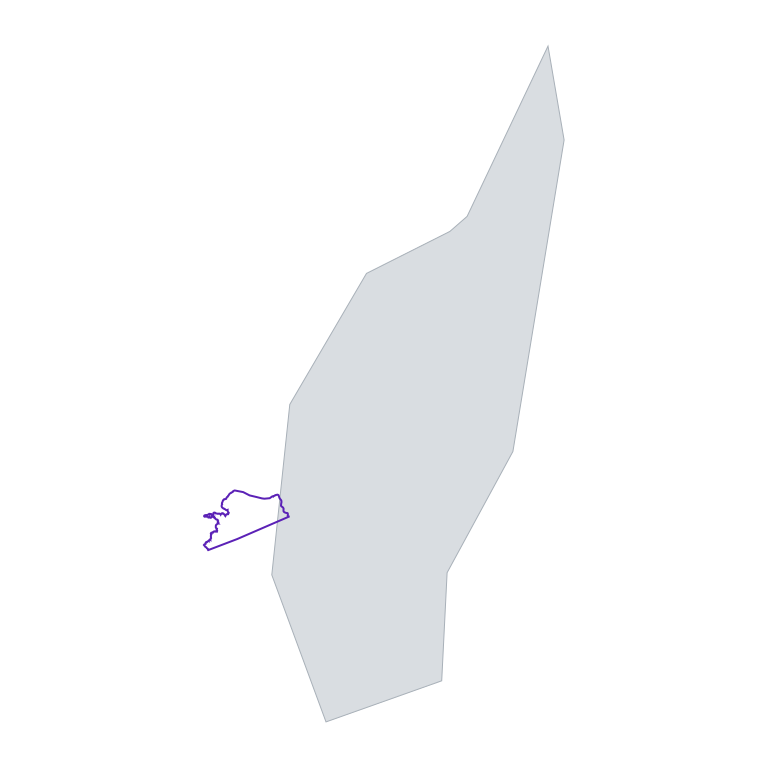 Medorm, Aimeliik, Palau shown in context
{"feature_id": "81905179B56582984107965", "entity_name": "Medorm", "entity_type": "district", "adm_level": 2, "iso_a3": "PLW", "parent_name": "Palau", "parent_adm1": "Aimeliik", "projection": "mercator", "projection_center": [134.484, 7.466], "detail": "fine", "context": "in_parent", "style": "outline", "palette": "violet", "viewbox_px": 768, "rotation_deg": 0, "n_neighbors": 0, "source": "geoboundaries", "source_scale": "gbopen_adm2", "svg_char_len": 4676}
<svg xmlns="http://www.w3.org/2000/svg" viewBox="0 0 768 768"><path d="M441.7,680.8L326.0,721.9L271.8,574.9L289.8,404.4L366.5,273.4L449.9,231.4L467.1,216.4L548.0,46.1L564.1,140.0L512.9,451.5L447.1,572.7L441.7,680.8Z" fill="#d9dde1" stroke="#a8b0b8" stroke-width="1"/><path d="M289.5,516.4L289.0,516.4L288.7,516.4L288.5,516.5L288.2,516.5L288.0,516.3L287.8,516.1L287.7,515.7L287.8,515.0L287.8,514.7L287.9,514.3L287.8,513.8L287.7,513.4L287.6,513.2L287.2,513.0L286.6,513.0L286.1,512.9L285.5,512.7L285.0,512.5L284.5,512.3L284.0,511.9L283.6,511.4L283.5,510.9L283.5,509.6L283.6,509.0L283.5,508.8L283.5,508.4L283.3,508.0L283.1,507.6L282.6,507.2L282.1,506.8L281.4,506.3L281.1,505.9L281.0,505.5L281.1,504.8L281.1,504.2L281.2,503.6L281.5,502.0L281.4,501.3L281.4,500.9L281.3,500.6L281.1,500.1L280.7,499.7L280.3,499.1L279.7,498.4L279.3,497.5L278.9,496.3L278.7,495.6L278.5,495.3L278.4,495.1L278.1,494.9L277.9,494.8L277.7,494.8L277.5,494.7L277.3,494.7L277.0,494.8L276.7,494.8L276.0,495.0L275.9,495.0L275.7,495.2L275.3,495.2L275.1,495.4L274.9,495.4L274.5,495.7L274.4,495.8L273.9,496.0L273.7,496.0L273.4,496.4L273.3,496.5L273.2,496.6L272.9,496.4L272.4,496.3L269.7,498.2L264.4,498.7L262.0,498.4L256.4,497.0L249.6,495.4L243.2,492.1L234.9,490.5L234.4,490.5L232.9,491.4L232.8,491.8L232.6,492.1L232.3,492.2L231.4,492.5L231.0,493.0L230.5,493.1L229.4,494.0L228.5,495.5L228.1,495.8L227.8,496.6L227.0,497.1L226.4,498.0L226.3,498.4L226.2,498.8L225.3,499.1L224.9,499.1L224.5,499.1L224.0,499.3L223.7,499.9L223.1,500.2L222.8,500.9L222.6,501.7L222.1,502.6L221.9,503.4L222.2,504.2L221.7,505.1L221.6,506.2L221.9,507.1L222.6,507.9L223.0,508.1L223.4,508.5L223.8,508.5L224.2,508.7L224.4,509.0L225.2,509.3L225.7,509.8L226.4,510.1L226.9,510.2L227.6,509.9L227.6,510.7L228.1,512.3L228.4,512.4L228.7,512.6L228.7,512.9L228.1,514.2L227.7,514.3L227.2,514.1L226.7,514.2L226.4,514.4L226.1,514.7L225.8,515.1L225.7,515.5L225.4,515.7L225.3,516.0L225.2,515.9L225.2,515.6L225.1,515.4L224.8,515.2L224.7,515.1L224.6,514.8L224.5,514.7L224.4,514.5L224.3,514.4L224.2,514.3L224.0,514.1L223.8,514.1L223.6,514.0L223.5,513.9L223.4,513.6L223.1,513.4L223.0,513.5L222.6,513.2L221.8,513.3L221.5,513.5L221.5,513.8L221.2,513.8L220.8,514.1L220.6,514.6L220.4,514.3L220.3,514.2L220.0,513.9L219.5,513.7L219.3,513.6L218.9,513.6L218.7,513.7L218.4,513.7L218.2,513.8L217.7,513.8L217.4,513.7L216.9,513.5L216.3,513.5L215.7,513.4L215.4,512.9L214.7,512.6L214.3,512.6L213.9,512.7L213.6,512.8L213.5,513.6L213.5,513.9L213.4,513.9L213.2,514.0L213.1,514.7L213.0,515.2L213.1,515.5L212.6,515.6L212.3,515.5L212.1,515.6L211.8,515.4L211.6,515.1L211.4,514.9L211.4,514.5L211.3,514.1L211.1,514.0L210.4,514.0L210.1,513.9L209.5,513.9L209.2,513.9L209.1,514.1L208.9,514.1L208.6,514.4L208.7,514.5L208.4,514.5L208.1,514.7L207.8,514.7L207.4,514.9L207.0,515.2L206.9,515.1L206.0,515.0L205.7,515.1L205.3,515.2L205.1,515.2L204.8,515.3L204.8,515.6L204.4,515.6L204.1,516.0L204.2,516.4L204.6,516.7L205.4,516.6L206.0,516.2L206.4,516.7L207.2,516.7L207.9,516.8L208.3,517.5L208.9,517.6L209.3,517.3L209.5,517.0L209.7,517.3L210.3,517.7L210.8,517.8L211.2,517.5L211.3,517.1L211.8,517.1L212.1,516.9L212.3,516.7L212.6,516.6L212.8,516.4L213.4,516.3L213.6,516.4L213.9,516.6L214.0,516.6L213.9,516.8L213.9,517.4L214.3,517.8L214.6,517.8L214.9,517.9L214.9,518.2L215.2,518.6L215.8,519.0L216.0,519.3L216.7,519.6L217.2,519.6L217.6,519.8L217.7,520.0L217.7,520.3L217.8,520.6L218.0,520.8L217.8,521.1L217.8,521.4L218.0,521.7L217.8,521.7L217.7,522.0L217.9,522.3L217.8,522.6L217.9,522.8L218.0,523.3L218.2,523.5L217.9,523.5L217.6,523.5L217.1,524.1L216.6,524.6L216.3,524.7L215.9,525.4L215.8,526.1L215.8,527.1L215.8,527.4L216.2,528.2L216.6,528.4L217.0,528.7L216.9,529.1L216.7,529.3L216.6,529.7L216.8,529.8L216.8,530.1L217.0,530.3L217.2,530.6L217.2,530.8L216.9,531.7L216.1,531.5L215.7,531.6L215.3,531.5L215.1,531.4L214.9,531.6L214.5,531.5L214.2,531.4L213.9,531.7L213.6,531.7L213.1,532.1L213.0,532.5L212.9,532.7L212.6,532.7L212.3,532.5L212.1,532.8L211.3,532.8L211.1,533.0L210.8,533.4L210.9,533.9L211.4,534.1L211.4,534.5L211.0,534.8L210.9,535.3L210.9,535.7L211.0,536.1L210.9,536.5L210.8,536.9L210.9,537.1L210.9,537.3L211.0,537.5L211.1,538.1L210.7,538.7L210.7,538.9L210.4,539.3L210.4,539.6L210.1,539.3L209.5,539.8L209.4,540.0L208.9,540.5L208.5,540.8L208.6,541.1L208.3,541.0L207.8,541.4L207.1,541.8L207.0,542.1L206.7,542.1L206.4,542.0L206.1,542.2L206.1,542.4L205.6,542.9L205.5,543.1L205.6,543.4L205.7,543.7L205.5,543.8L205.3,544.0L205.0,544.2L204.7,544.3L204.4,544.4L204.1,544.7L203.9,545.0L204.3,545.5L204.9,546.2L205.4,546.9L206.3,547.3L206.6,547.8L206.8,548.2L207.5,548.6L207.8,549.0L208.0,549.1L207.9,549.2L207.9,549.7L208.2,550.1L237.3,539.0L289.5,516.4Z" fill="none" stroke="#5b21b6" stroke-width="2"/></svg>